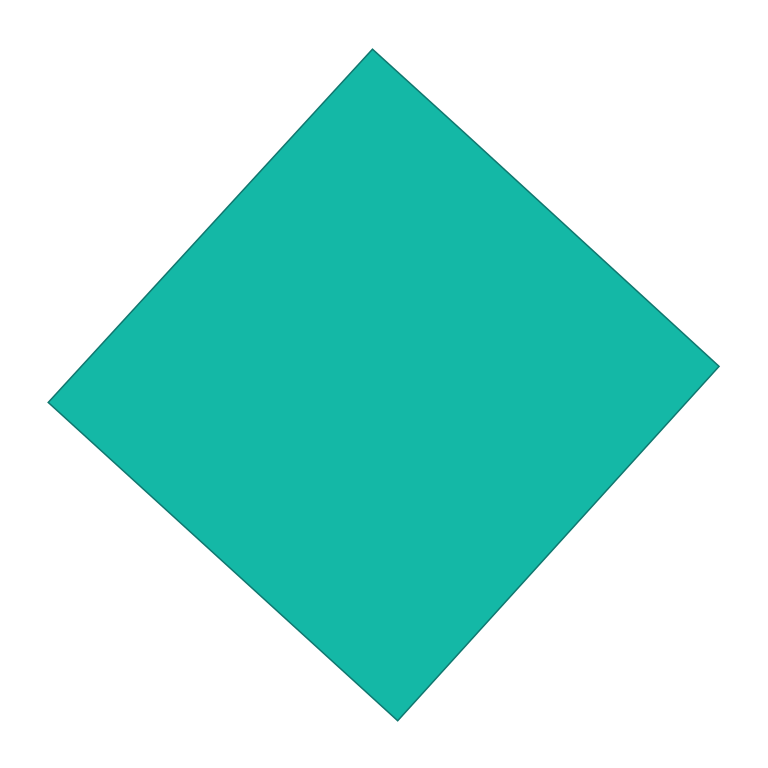 Fisher, Texas, United States of America (Robinson projection), rotated 42°
{"feature_id": "52423323B51130731271508", "entity_name": "Fisher", "entity_type": "district", "adm_level": 2, "iso_a3": "USA", "parent_name": "United States of America", "parent_adm1": "Texas", "projection": "robinson", "projection_center": [-100.464, 32.743], "detail": "fine", "context": "isolated", "style": "filled", "palette": "teal", "viewbox_px": 768, "rotation_deg": 42, "n_neighbors": 0, "source": "geoboundaries", "source_scale": "gbopen_adm2", "svg_char_len": 242}
<svg xmlns="http://www.w3.org/2000/svg" viewBox="0 0 768 768"><g transform="rotate(42 384 384)"><path d="M151.4,142.9L146.8,622.4L619.5,625.1L621.2,146.7L276.9,143.5L151.4,142.9Z" fill="#14b8a6" stroke="#0f766e" stroke-width="1.5"/></g></svg>